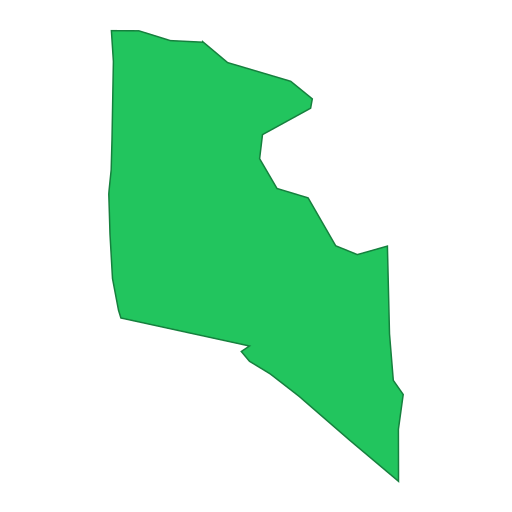 SVG path tracing the border of West Dunbartonshire
{"feature_id": "GBR-2011", "entity_name": "West Dunbartonshire", "entity_type": "Unitary District", "adm_level": 1, "iso_a3": "GBR", "parent_name": "United Kingdom", "parent_adm1": "", "projection": "orthographic", "projection_center": [-4.496, 55.971], "detail": "fine", "context": "isolated", "style": "filled", "palette": "green", "viewbox_px": 512, "rotation_deg": 0, "n_neighbors": 0, "source": "natural_earth", "source_scale": "10m", "svg_char_len": 638}
<svg xmlns="http://www.w3.org/2000/svg" viewBox="0 0 512 512"><path d="M241.3,351.5L249.5,346.0L120.9,318.0L118.5,310.2L112.5,278.5L110.1,235.9L110.0,234.1L109.4,213.7L108.8,194.1L109.1,190.2L111.2,169.7L111.2,169.4L111.6,154.2L112.0,139.8L113.4,61.4L111.4,30.7L112.5,30.7L138.8,30.8L170.3,40.6L202.7,42.2L202.7,41.7L227.6,62.6L290.7,81.3L312.3,98.9L310.6,108.2L262.5,134.6L259.6,158.7L277.0,188.5L308.1,197.9L335.7,245.8L357.3,254.6L387.4,246.1L389.5,333.9L393.3,380.4L403.2,394.5L398.4,429.3L398.5,471.4L398.5,481.3L349.9,440.4L298.8,396.1L270.2,373.9L249.5,361.3L241.3,351.5Z" fill="#22c55e" stroke="#15803d" stroke-width="1.5"/></svg>